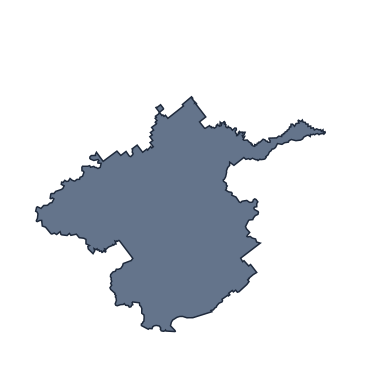 the district of Blue Mountains, New South Wales, Australia, rotated 43°
{"feature_id": "25037944B17662775697590", "entity_name": "Blue Mountains", "entity_type": "district", "adm_level": 2, "iso_a3": "AUS", "parent_name": "Australia", "parent_adm1": "New South Wales", "projection": "mercator", "projection_center": [150.399, -33.632], "detail": "fine", "context": "isolated", "style": "filled", "palette": "slate", "viewbox_px": 384, "rotation_deg": 43, "n_neighbors": 0, "source": "geoboundaries", "source_scale": "gbopen_adm2", "svg_char_len": 6057}
<svg xmlns="http://www.w3.org/2000/svg" viewBox="0 0 384 384"><g transform="rotate(43 192 192)"><path d="M294.8,218.6L292.6,218.2L292.9,216.5L292.4,216.4L293.1,210.7L294.2,206.7L284.3,205.1L283.9,207.4L276.9,206.8L276.6,208.4L272.7,207.2L276.8,182.8L273.4,184.5L270.5,183.0L267.5,184.6L264.9,184.8L263.6,186.6L262.5,187.1L262.0,185.9L261.8,182.2L257.0,181.8L254.7,180.8L252.8,174.3L253.0,173.4L255.3,170.8L254.6,168.9L254.4,166.0L255.5,163.4L254.4,161.5L253.6,161.2L249.6,162.2L248.2,161.6L248.0,160.5L249.4,158.6L247.2,156.3L246.9,154.3L244.0,153.8L242.6,154.2L242.2,155.8L243.1,157.8L242.5,159.0L241.2,160.3L237.8,160.8L234.9,164.6L234.8,166.5L233.4,167.1L227.6,165.7L223.3,167.2L222.3,165.6L221.2,165.3L218.5,167.0L215.2,167.6L215.0,166.1L213.9,165.1L213.7,163.5L212.4,163.5L211.1,162.2L207.7,162.7L206.6,161.8L206.9,160.5L206.2,157.9L203.9,154.0L202.8,153.1L201.4,149.7L201.4,146.9L199.2,144.5L204.5,143.9L206.4,131.4L209.1,131.4L210.6,129.0L212.3,128.6L213.2,126.1L216.9,124.8L217.6,123.9L218.8,124.0L219.3,121.7L220.3,121.4L222.3,119.0L222.8,117.9L222.6,116.1L221.9,115.8L222.3,112.9L221.3,110.0L221.7,107.9L221.3,106.0L222.3,104.8L222.7,102.5L221.5,98.3L225.3,95.8L226.1,92.8L228.5,89.8L228.0,88.3L228.8,85.9L233.0,83.6L236.0,80.0L236.7,77.8L236.3,75.7L237.5,72.1L238.4,71.2L240.6,70.8L239.4,69.1L240.7,68.3L241.4,66.9L242.7,66.5L243.0,65.0L244.0,63.6L245.8,63.5L246.3,61.8L248.1,59.8L249.0,59.8L249.0,57.8L248.1,57.2L247.2,58.7L245.4,57.2L245.2,59.4L243.5,58.6L242.5,60.0L240.1,60.8L239.2,63.2L236.9,62.3L235.5,64.3L233.8,62.8L232.1,65.0L230.6,63.2L228.8,64.6L227.4,63.8L225.6,65.1L223.6,64.1L223.6,66.1L220.9,66.9L221.0,67.5L223.2,68.6L221.4,71.0L222.2,74.0L219.3,73.8L218.2,74.9L219.9,77.1L219.0,77.9L220.1,79.8L219.5,82.0L220.1,82.9L219.2,84.6L219.8,86.2L219.0,86.9L219.4,88.1L218.7,89.2L219.7,90.3L217.3,92.0L217.0,94.7L211.6,100.1L212.0,100.7L214.3,101.3L215.1,102.5L213.5,103.9L212.4,103.5L211.5,104.3L209.9,104.1L208.0,104.9L207.8,109.0L206.9,109.9L207.4,110.8L206.5,111.8L207.2,113.5L205.5,114.5L206.7,115.6L206.4,116.2L204.0,116.9L203.5,116.0L202.4,116.6L201.9,115.9L199.9,116.5L196.9,116.3L194.8,118.7L193.6,118.8L192.7,115.7L191.8,117.2L190.2,116.4L191.2,115.0L190.1,112.1L189.1,112.9L188.8,114.5L187.9,113.9L186.5,115.4L185.4,115.3L185.4,116.7L186.8,117.0L186.1,118.0L186.8,119.5L186.2,120.3L185.4,119.3L183.7,119.1L182.0,117.9L182.1,116.3L180.9,115.2L179.7,115.9L179.4,119.3L176.4,118.7L175.1,119.5L173.7,119.3L174.2,120.7L173.8,121.1L172.1,121.2L170.8,119.6L169.6,120.2L169.3,118.9L167.7,118.4L167.4,119.1L168.0,119.6L167.1,120.8L166.1,121.7L165.0,121.7L166.1,123.0L167.5,122.5L168.1,123.5L167.2,125.2L166.5,124.6L165.6,125.7L164.6,125.0L164.4,126.7L165.3,127.9L164.9,130.0L163.3,130.3L162.5,131.6L161.5,131.1L161.0,131.8L159.6,131.5L158.2,136.5L157.7,136.8L149.7,135.6L150.9,127.7L135.1,125.1L135.2,124.4L133.4,124.1L133.2,125.2L132.5,124.3L128.4,123.7L128.5,122.9L126.7,122.7L125.3,134.6L127.1,134.9L124.1,154.6L120.2,154.0L119.9,155.8L118.1,155.5L117.8,156.6L113.9,155.9L114.6,150.9L114.2,150.4L109.5,149.6L108.7,154.4L108.1,154.4L108.0,154.9L113.3,155.8L114.4,157.4L113.6,161.5L115.0,161.7L114.7,163.2L117.7,163.6L117.4,165.5L117.8,166.3L119.2,165.9L119.5,166.6L118.4,172.3L121.7,172.9L121.0,176.9L124.0,177.4L123.4,180.3L128.2,181.1L127.6,184.5L132.8,185.3L132.5,187.2L130.7,186.9L131.0,191.6L129.7,191.4L128.8,196.6L119.9,195.1L118.8,201.4L119.6,201.5L121.2,203.7L122.5,203.9L123.2,205.0L123.1,207.9L121.5,208.5L116.1,207.3L115.0,213.8L109.2,213.3L106.1,230.2L95.0,228.1L95.7,230.4L96.5,231.1L93.5,234.0L93.4,235.9L94.2,237.0L95.3,237.2L98.7,235.9L101.1,232.4L102.6,232.6L102.6,234.3L103.5,235.0L106.0,233.0L108.1,236.6L107.1,239.0L105.1,239.4L104.3,240.2L102.7,240.2L100.9,243.1L99.2,242.5L98.2,244.3L94.4,247.8L94.6,249.0L97.0,251.5L98.3,250.9L99.5,251.2L101.2,255.1L100.1,257.7L101.1,259.4L99.2,261.3L98.9,263.7L98.4,264.3L96.2,265.2L93.6,265.3L94.2,268.4L93.0,269.9L91.0,270.2L91.2,272.8L89.9,273.7L91.2,275.6L94.3,274.7L95.1,277.5L94.8,279.1L91.9,284.5L92.1,287.2L90.2,289.0L90.1,289.8L92.6,293.4L93.4,293.2L94.0,291.5L95.7,291.2L96.8,295.2L95.6,297.1L95.4,300.3L92.7,303.0L92.8,307.0L89.1,308.2L88.8,309.2L90.8,312.7L92.3,312.3L94.2,313.0L97.0,316.8L97.6,319.0L98.3,319.5L99.1,319.1L100.1,316.6L101.4,315.3L105.7,319.0L108.9,317.6L117.2,318.7L118.2,318.3L119.3,316.0L122.0,315.4L122.6,311.0L125.1,312.4L125.9,312.2L130.3,309.0L130.6,305.9L133.0,306.3L136.2,301.7L140.7,302.3L144.4,299.6L146.8,299.0L149.8,302.2L153.5,301.0L153.0,302.9L155.0,304.4L161.7,304.6L161.0,301.5L159.0,300.2L161.0,299.7L161.3,298.3L162.4,298.9L163.2,297.8L164.7,298.4L165.9,297.0L167.3,297.6L167.7,297.1L167.5,294.9L169.5,295.1L169.6,294.4L169.0,293.8L167.0,293.1L168.2,292.5L168.5,289.1L170.1,285.7L169.8,284.5L171.0,284.3L171.1,282.7L171.9,281.8L169.3,280.4L170.4,280.1L170.4,279.0L171.2,278.8L171.5,277.3L172.0,277.1L194.0,280.9L194.3,283.6L190.5,291.2L191.6,293.5L192.0,296.5L190.8,298.8L189.3,300.1L190.0,302.2L188.7,304.4L188.8,307.8L190.1,309.6L191.5,309.8L192.3,311.1L194.2,312.0L194.8,314.3L196.8,314.9L197.3,318.0L199.0,318.7L204.8,318.6L205.3,319.5L207.1,319.7L207.5,321.0L208.6,321.2L210.7,322.9L212.1,326.2L213.4,326.8L214.9,326.2L216.6,323.1L218.4,321.2L218.6,319.8L220.7,320.1L223.0,318.4L224.3,319.0L225.0,318.7L225.6,317.5L225.1,316.0L225.6,314.8L223.7,313.8L223.7,312.8L229.1,308.9L231.1,310.6L232.4,310.5L234.7,311.4L237.9,314.9L240.7,314.7L242.4,316.2L244.9,319.3L244.8,320.8L245.3,321.7L245.0,323.1L246.1,324.2L253.6,322.2L253.8,320.9L256.0,319.3L255.2,317.3L255.6,315.6L256.9,313.9L259.5,312.3L261.9,312.8L262.4,313.9L264.2,314.5L266.0,313.4L266.8,312.2L266.8,311.0L267.8,311.4L274.7,305.7L274.8,305.3L274.0,304.9L267.5,304.5L265.7,301.3L265.2,298.8L266.5,293.8L267.9,291.4L270.1,289.3L274.0,287.5L278.4,283.3L288.2,266.0L286.7,265.7L288.0,263.7L287.8,261.1L288.3,259.6L287.7,258.2L287.6,254.9L288.9,251.9L288.5,250.7L287.1,250.0L288.6,243.1L289.5,243.2L289.8,241.4L287.9,241.0L288.6,236.6L290.4,236.9L290.9,234.0L293.5,234.4L294.4,232.8L295.2,222.3L294.8,218.6Z" fill="#64748b" stroke="#1e293b" stroke-width="1.5"/></g></svg>